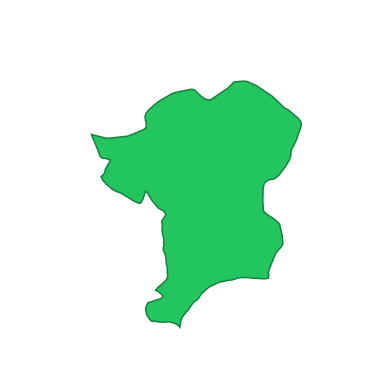 outline of Sardauna, Taraba, Nigeria, rotated 220°
{"feature_id": "59680162B82734256395858", "entity_name": "Sardauna", "entity_type": "district", "adm_level": 2, "iso_a3": "NGA", "parent_name": "Nigeria", "parent_adm1": "Taraba", "projection": "orthographic", "projection_center": [11.214, 6.896], "detail": "fine", "context": "isolated", "style": "filled", "palette": "green", "viewbox_px": 384, "rotation_deg": 220, "n_neighbors": 0, "source": "geoboundaries", "source_scale": "gbopen_adm2", "svg_char_len": 3049}
<svg xmlns="http://www.w3.org/2000/svg" viewBox="0 0 384 384"><g transform="rotate(220 192 192)"><path d="M114.4,80.5L115.4,82.3L117.4,85.5L118.9,89.2L119.0,91.5L119.2,93.8L119.3,97.5L119.0,99.9L119.5,101.3L119.5,101.7L119.6,103.1L119.7,105.5L119.9,108.7L118.7,113.0L118.8,116.2L119.4,119.0L119.1,121.8L118.7,124.2L118.4,127.0L118.1,128.9L117.3,131.7L116.4,133.1L116.0,134.5L114.8,136.5L114.4,137.9L113.5,139.3L112.7,141.2L111.8,142.2L110.5,143.6L108.4,146.5L107.0,148.0L104.4,150.9L103.4,152.5L103.2,152.8L101.5,155.7L99.3,158.1L98.0,159.1L95.8,161.1L93.1,163.1L91.3,164.1L88.9,165.9L80.1,172.5L78.6,174.7L78.0,175.3L78.7,175.6L79.9,178.0L81.2,178.3L83.5,183.3L84.0,184.7L86.6,193.0L87.9,197.0L88.6,199.9L88.4,207.3L88.9,210.5L94.3,216.1L103.8,223.3L105.1,223.9L108.5,224.2L112.0,224.0L120.2,223.1L123.9,223.2L125.4,223.7L127.2,225.7L131.9,230.5L133.6,232.6L135.4,235.0L138.1,238.3L139.3,239.8L140.5,241.8L141.2,242.9L142.2,245.5L141.1,250.5L137.4,254.9L136.2,260.4L136.9,272.8L138.0,279.3L139.5,283.1L141.9,286.5L142.8,287.6L143.8,292.1L144.7,295.7L144.9,296.5L145.7,299.4L149.7,310.1L150.8,312.7L151.5,313.9L153.5,315.5L154.8,316.1L157.9,316.7L168.8,316.8L171.6,316.7L173.1,316.4L174.3,315.8L177.5,316.0L190.3,316.8L191.7,316.9L193.3,316.8L211.3,314.8L219.8,312.4L221.1,311.9L223.4,310.4L224.3,309.5L229.0,305.0L230.7,303.0L230.8,299.3L231.1,296.2L231.3,294.5L236.7,275.6L237.3,274.3L239.4,272.7L242.0,271.6L246.9,271.2L255.4,271.8L256.9,271.4L258.0,270.7L259.0,269.8L263.7,263.9L268.9,257.3L269.6,256.2L270.7,253.9L270.8,253.7L275.3,241.4L275.7,239.9L276.7,235.3L277.8,228.9L277.9,223.3L277.0,220.6L276.4,219.4L271.4,215.1L271.0,214.8L270.3,214.3L268.7,212.2L269.1,209.0L275.4,196.5L277.0,193.7L277.5,193.1L290.9,179.1L293.1,177.7L306.0,171.4L305.7,171.2L297.1,166.7L291.2,163.7L290.4,163.3L289.6,162.5L287.7,161.7L285.8,160.4L283.6,160.2L282.0,160.6L280.0,162.0L275.3,164.1L274.4,161.4L272.8,153.0L271.1,150.9L271.4,145.2L269.5,144.4L267.2,143.5L264.4,143.2L263.0,142.8L260.7,142.9L257.5,143.0L255.7,142.7L252.9,143.2L250.2,143.8L247.5,144.9L245.3,145.5L242.5,146.1L240.7,146.1L237.5,146.8L233.4,147.4L231.6,147.5L229.4,148.1L227.1,148.6L225.3,149.2L224.2,150.8L225.1,155.1L228.0,162.5L225.2,162.7L221.5,161.2L216.2,159.5L213.4,159.1L211.4,158.8L210.3,158.6L207.3,158.0L201.6,159.2L197.4,158.0L196.5,150.0L194.1,148.3L193.1,147.4L192.1,145.6L191.7,145.1L189.7,142.9L187.8,141.1L185.4,139.3L183.0,137.6L181.1,134.9L179.2,133.1L178.1,130.8L176.7,129.0L172.9,127.3L171.5,126.0L170.1,125.1L168.2,123.3L166.2,121.1L163.9,119.3L162.0,118.0L160.0,115.3L157.6,113.1L156.2,111.3L155.1,107.6L155.8,103.4L156.1,100.1L156.5,98.7L156.8,96.3L156.7,94.5L156.7,93.2L154.7,93.9L152.6,94.1L147.2,93.8L146.9,91.0L154.6,78.7L153.5,75.0L153.0,73.2L151.1,71.4L149.2,70.1L147.7,68.8L146.3,68.4L144.9,67.9L142.6,67.1L140.8,67.2L139.0,67.3L137.6,69.1L135.4,70.2L133.7,71.3L132.3,72.2L130.6,73.7L129.2,74.7L128.4,75.7L126.6,77.6L124.8,78.2L123.5,79.2L121.7,79.7L119.9,80.7L118.1,80.8L115.8,80.9L114.4,80.5Z" fill="#22c55e" stroke="#15803d" stroke-width="1.5"/></g></svg>